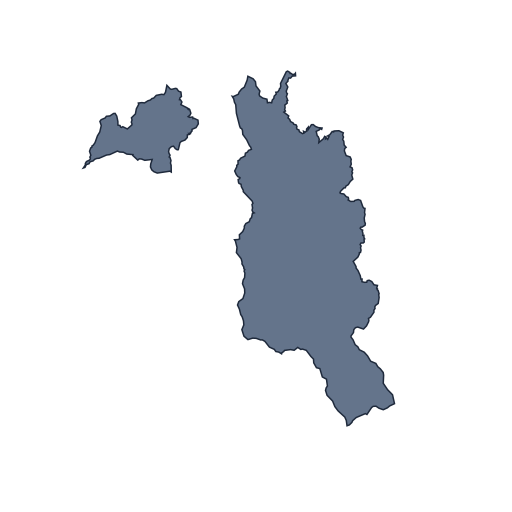 Ocaña, Norte de Santander, Colombia, rotated 338°
{"feature_id": "7082276B12484805764820", "entity_name": "Ocaña", "entity_type": "district", "adm_level": 2, "iso_a3": "COL", "parent_name": "Colombia", "parent_adm1": "Norte de Santander", "projection": "albers", "projection_center": [-73.373, 8.221], "detail": "fine", "context": "isolated", "style": "filled", "palette": "slate", "viewbox_px": 512, "rotation_deg": 338, "n_neighbors": 0, "source": "geoboundaries", "source_scale": "gbopen_adm2", "svg_char_len": 6095}
<svg xmlns="http://www.w3.org/2000/svg" viewBox="0 0 512 512"><g transform="rotate(338 256 256)"><path d="M283.2,159.2L278.3,159.6L276.7,160.8L275.0,160.9L273.8,164.1L272.1,164.7L271.7,166.0L268.1,169.2L268.2,173.0L268.9,175.6L270.5,177.3L269.9,178.2L268.1,178.4L267.4,181.0L267.4,182.3L269.0,183.9L268.4,186.2L268.8,190.3L268.3,191.6L273.0,203.6L272.9,206.0L271.6,206.7L270.8,210.2L269.5,212.0L269.5,214.0L270.4,215.3L268.6,215.2L266.2,218.8L264.7,219.2L262.6,221.7L258.7,222.1L256.3,224.0L255.6,225.8L252.8,228.4L248.5,230.1L247.2,234.0L245.5,234.0L242.2,232.9L242.5,234.4L241.6,241.0L239.1,245.5L241.2,252.9L240.8,256.4L240.0,258.1L240.5,261.5L240.0,263.4L240.5,264.4L239.3,265.5L239.3,267.7L237.3,271.8L235.1,273.5L233.1,276.6L233.1,282.2L231.7,286.1L227.9,290.6L223.0,291.8L220.5,294.5L220.7,299.1L219.9,304.6L220.4,307.1L220.1,311.4L218.9,315.3L215.3,319.0L214.8,325.9L217.2,330.5L222.1,330.9L225.3,332.4L228.9,335.6L230.4,336.1L232.3,338.5L234.3,345.5L238.0,349.4L238.6,352.0L241.1,353.6L243.1,356.3L243.9,355.3L245.9,355.0L247.0,354.2L252.9,355.7L256.1,357.7L260.5,356.4L262.5,359.4L264.2,359.7L267.3,362.3L269.3,369.8L270.7,373.1L269.5,376.7L270.2,382.2L273.0,384.3L272.2,393.0L275.2,396.6L273.5,403.3L271.6,404.6L270.1,406.7L269.7,411.8L272.7,419.2L272.7,425.2L274.1,430.4L278.0,438.6L278.1,442.3L276.8,447.5L279.3,447.6L282.6,446.2L283.9,444.9L288.4,443.3L298.3,443.1L299.5,444.5L306.4,439.8L308.3,439.3L311.0,440.2L313.0,443.2L316.4,446.2L321.0,446.0L323.7,445.1L329.1,444.8L330.6,435.8L327.9,429.2L326.3,421.7L329.7,414.3L330.3,411.6L329.0,407.2L327.4,404.2L326.9,400.5L322.9,396.5L322.0,390.4L320.3,385.7L316.7,381.6L316.4,378.3L314.7,375.4L314.6,370.1L313.7,366.7L314.3,365.6L317.7,363.5L319.1,360.9L321.4,359.7L323.7,360.0L328.3,364.0L332.3,362.2L335.7,359.2L336.6,357.9L336.9,356.0L339.1,355.7L344.3,352.3L345.0,350.4L346.7,349.3L347.1,347.6L348.4,346.6L351.5,345.8L354.6,340.6L355.4,337.5L356.0,337.2L356.3,333.6L355.7,332.6L356.3,331.9L355.8,331.1L357.6,328.8L354.6,326.9L353.8,323.1L351.8,320.8L349.9,320.5L348.8,321.8L346.6,321.0L344.6,319.5L345.7,317.1L344.6,316.7L345.3,313.3L345.1,307.7L344.3,304.7L344.8,303.2L344.1,297.4L350.0,295.2L352.4,293.0L353.1,291.6L354.2,291.9L355.6,289.9L356.0,287.5L357.2,286.1L356.8,284.4L357.7,283.7L358.2,283.3L360.4,284.1L361.6,283.6L362.5,280.8L363.2,280.8L363.0,279.2L363.8,277.3L362.7,276.9L363.6,275.1L363.9,272.7L364.6,272.0L363.4,270.7L363.0,269.2L364.2,268.5L365.1,269.0L368.7,268.3L369.6,266.7L369.5,264.9L370.6,261.3L372.7,258.3L372.9,256.4L374.9,252.7L373.8,251.9L373.5,250.4L373.8,243.7L371.9,241.9L368.5,241.5L367.5,242.1L364.2,240.9L362.4,238.5L363.2,238.0L363.5,236.2L361.9,234.8L360.7,231.4L358.3,230.0L357.5,228.9L358.6,227.7L363.0,225.8L364.4,226.2L365.5,224.9L368.3,224.4L371.3,222.2L374.6,221.0L375.1,216.7L376.7,215.1L376.4,213.8L377.9,212.3L378.1,210.1L376.6,208.6L378.7,206.6L379.5,203.6L380.5,202.1L380.4,199.4L377.2,196.7L377.3,191.7L378.5,189.6L380.3,189.0L379.3,186.2L380.4,182.4L380.0,180.4L381.7,178.5L381.6,176.4L383.1,174.5L379.8,170.9L375.1,169.3L374.5,170.0L373.3,169.1L369.9,171.2L367.3,171.5L368.4,172.6L366.2,174.7L365.8,173.3L364.4,173.5L365.4,172.0L364.5,170.8L362.5,172.5L356.7,174.4L358.4,171.4L358.4,168.7L357.8,167.4L358.5,163.0L361.9,162.8L363.1,161.9L364.3,163.2L365.2,162.1L362.0,160.4L359.7,158.2L358.3,155.6L356.6,155.0L351.8,158.3L352.7,156.1L350.5,157.2L349.6,159.1L347.9,159.6L346.8,158.2L346.4,160.1L344.9,159.9L342.8,157.0L343.0,155.1L341.6,153.9L341.6,152.3L342.4,151.5L342.4,149.6L340.3,147.9L340.3,146.6L338.4,144.3L338.4,141.9L337.4,140.0L338.8,138.4L335.7,133.0L337.6,132.6L337.4,130.9L338.5,129.5L339.2,126.9L342.3,125.9L342.6,123.8L343.7,123.8L343.9,119.5L345.9,117.3L345.5,116.5L345.8,114.5L348.8,111.2L348.3,107.2L351.2,105.8L351.3,105.1L353.2,103.2L354.7,104.0L357.0,102.8L360.2,103.8L361.0,101.3L359.9,101.9L358.0,101.5L356.8,99.7L356.0,99.5L356.2,98.5L354.6,96.4L353.1,96.5L343.3,105.3L342.6,107.8L341.2,109.6L340.4,109.7L339.6,110.8L337.5,112.1L335.7,111.6L335.5,113.4L332.7,114.6L331.5,116.6L329.5,117.5L327.9,119.8L326.0,118.6L324.0,118.2L324.9,114.7L321.4,112.1L319.3,108.9L319.5,107.1L321.4,104.5L319.7,98.3L320.8,94.2L319.7,90.6L315.8,86.3L313.7,89.6L308.4,95.1L305.2,95.8L301.8,97.7L300.2,99.4L294.6,99.7L293.8,99.1L294.2,102.0L293.6,105.3L293.9,108.1L291.3,116.3L289.5,129.5L289.5,131.5L290.4,132.5L290.5,134.4L289.3,138.3L290.9,144.8L291.3,151.3L291.9,153.1L291.7,155.4L288.6,155.3L287.0,156.5L284.7,156.7L283.2,159.2ZM195.9,127.6L192.9,131.2L191.5,133.9L191.6,137.1L192.9,139.6L195.5,142.1L207.9,145.1L208.9,146.4L211.3,140.1L211.5,137.8L212.9,135.7L213.2,132.4L212.6,131.7L214.1,130.3L213.8,128.4L214.1,126.4L215.8,123.9L218.6,122.9L220.7,123.3L221.4,126.2L222.7,128.0L223.8,128.3L228.0,122.4L229.7,121.8L233.6,121.9L236.7,120.4L237.7,118.0L239.9,118.3L240.3,117.9L240.0,117.4L240.8,117.7L240.7,118.6L241.2,117.2L241.9,117.3L242.6,116.3L243.5,116.2L244.1,114.6L248.5,114.5L252.0,111.9L253.1,108.3L250.0,105.0L249.1,105.0L249.3,103.4L246.4,102.6L245.3,101.4L247.7,100.6L249.1,99.2L249.4,95.3L248.8,94.2L248.1,94.7L247.7,92.9L243.0,87.5L245.0,85.5L244.5,82.9L243.6,82.4L244.8,80.8L246.6,80.2L247.8,75.9L245.9,74.1L245.2,71.1L244.1,70.4L240.3,69.9L239.1,69.1L237.3,64.4L233.4,70.3L231.1,71.9L229.1,70.7L223.7,69.7L220.2,71.3L218.6,71.0L216.5,71.8L214.0,71.6L210.0,72.3L207.6,71.0L204.2,70.1L204.0,71.5L200.2,74.7L197.4,79.1L192.3,81.2L192.0,83.5L190.5,85.2L190.6,86.7L190.0,88.0L184.3,90.0L180.9,86.2L179.3,86.4L178.8,85.8L178.8,84.1L177.0,82.9L178.3,79.6L179.3,74.2L178.8,71.0L177.3,70.5L173.0,71.4L169.6,70.4L167.8,71.5L163.5,71.6L161.7,72.7L161.4,77.1L157.6,82.5L154.0,85.2L149.2,90.6L146.6,92.3L145.2,92.5L144.5,93.7L143.2,93.9L140.9,96.5L140.6,100.7L139.0,102.1L139.2,103.1L138.5,104.1L137.6,104.7L134.2,104.9L132.5,106.2L131.8,107.7L128.9,109.7L130.6,109.8L132.9,107.7L135.7,107.9L137.4,106.5L140.7,106.8L142.6,105.9L144.9,105.9L147.1,106.6L155.3,106.4L158.4,107.2L166.8,106.8L168.5,108.5L171.9,110.1L174.4,113.1L179.9,115.9L179.4,116.6L182.3,122.8L184.2,122.2L186.3,123.3L188.7,125.6L195.9,127.6Z" fill="#64748b" stroke="#1e293b" stroke-width="1.5"/></g></svg>